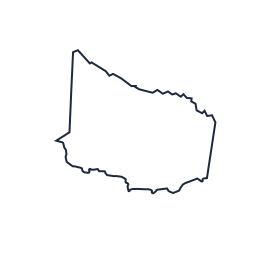 Effingham, Georgia, United States of America (Mercator projection), rotated 133°
{"feature_id": "52423323B28526478136706", "entity_name": "Effingham", "entity_type": "district", "adm_level": 2, "iso_a3": "USA", "parent_name": "United States of America", "parent_adm1": "Georgia", "projection": "mercator", "projection_center": [-81.266, 32.346], "detail": "fine", "context": "isolated", "style": "outline", "palette": "slate", "viewbox_px": 256, "rotation_deg": 133, "n_neighbors": 0, "source": "geoboundaries", "source_scale": "gbopen_adm2", "svg_char_len": 1812}
<svg xmlns="http://www.w3.org/2000/svg" viewBox="0 0 256 256"><g transform="rotate(133 128 128)"><path d="M110.8,36.1L64.3,67.9L61.4,75.2L65.2,78.3L63.2,83.8L66.6,83.8L68.3,89.8L64.2,95.2L65.4,99.8L63.0,101.7L65.9,105.5L65.5,110.5L69.1,110.7L70.0,116.7L73.4,118.6L74.0,123.7L79.2,125.9L80.1,132.5L85.4,134.0L92.0,146.1L93.0,150.5L92.0,151.0L95.0,154.1L96.3,166.5L98.6,175.8L102.5,177.3L101.6,182.9L104.9,199.4L106.8,200.0L105.3,217.7L110.0,219.9L139.9,194.5L171.0,167.9L186.2,171.8L184.1,167.8L183.3,166.4L183.1,165.5L183.4,164.8L185.7,161.4L186.4,158.4L189.3,155.0L191.1,154.3L192.0,153.6L194.0,150.6L194.6,149.5L194.5,148.7L193.8,142.9L193.6,142.2L193.3,141.7L192.8,141.5L189.6,135.9L189.0,134.5L189.2,133.9L190.4,132.1L190.2,129.7L188.0,126.7L187.5,126.2L187.0,126.1L185.9,126.7L185.6,127.4L185.4,127.7L185.0,128.0L184.5,128.1L184.1,128.1L183.9,128.0L183.7,127.8L183.6,127.6L183.6,127.0L183.6,126.5L181.5,124.3L178.9,122.4L178.7,121.8L178.8,121.4L179.1,120.8L179.3,120.1L179.1,119.4L177.9,118.2L175.7,115.6L175.5,115.3L176.4,113.8L176.7,111.2L175.5,109.4L172.8,105.4L171.2,103.9L168.0,99.4L167.0,94.9L167.4,94.3L168.2,93.9L168.8,93.4L169.1,92.9L169.3,92.3L169.3,91.9L168.9,91.4L168.7,90.7L168.7,90.1L168.9,89.5L169.3,89.1L170.4,88.9L171.9,87.4L173.5,84.9L173.7,84.5L173.3,84.0L173.0,84.0L172.0,84.2L171.2,84.1L169.6,83.1L165.7,79.1L161.0,73.5L159.2,71.8L157.7,69.1L157.6,68.0L157.7,67.5L158.2,67.1L158.8,66.7L159.0,66.2L158.8,65.3L158.1,64.9L155.6,64.5L154.7,64.5L154.1,64.8L153.2,64.5L145.6,58.2L145.9,57.0L146.3,56.1L146.3,55.0L146.2,54.6L145.0,51.1L144.3,50.5L144.3,50.4L139.5,48.2L139.2,48.0L138.3,48.1L135.7,48.8L132.1,49.3L129.6,48.7L117.7,42.8L117.3,40.2L117.1,38.1L116.8,37.6L116.3,37.3L115.8,37.3L114.8,38.4L113.9,38.4L113.3,38.2L110.8,36.1Z" fill="none" stroke="#1e293b" stroke-width="2"/></g></svg>